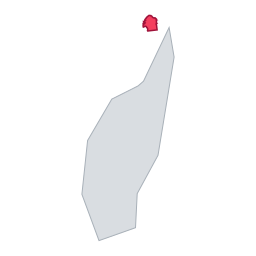 Ollei, Palau shown in context
{"feature_id": "81905179B39968712547281", "entity_name": "Ollei", "entity_type": "district", "adm_level": 2, "iso_a3": "PLW", "parent_name": "Palau", "parent_adm1": "", "projection": "albers", "projection_center": [134.619, 7.719], "detail": "fine", "context": "in_parent", "style": "filled", "palette": "rose", "viewbox_px": 256, "rotation_deg": 0, "n_neighbors": 0, "source": "geoboundaries", "source_scale": "gbopen_adm2", "svg_char_len": 2585}
<svg xmlns="http://www.w3.org/2000/svg" viewBox="0 0 256 256"><path d="M135.5,227.7L99.0,240.6L81.9,194.3L87.6,140.5L111.8,99.1L138.1,85.9L143.5,81.2L169.1,27.5L174.1,57.1L158.0,155.3L137.2,193.6L135.5,227.7Z" fill="#d9dde1" stroke="#a8b0b8" stroke-width="1"/><path d="M157.1,29.9L156.4,24.2L156.3,24.3L156.2,24.3L156.2,24.2L156.3,24.2L156.3,23.9L156.4,23.7L156.5,23.6L156.6,23.4L156.4,23.3L156.5,23.3L156.4,23.3L156.4,23.2L156.5,23.2L156.4,23.1L156.5,22.9L156.5,22.7L156.5,22.4L156.6,22.2L156.5,21.9L156.5,21.7L156.4,21.4L156.4,21.1L156.3,20.9L156.3,20.7L156.4,20.4L156.4,20.1L156.4,19.9L156.4,19.7L156.5,19.7L156.4,19.6L156.4,19.3L156.4,19.1L156.2,19.0L156.1,18.9L155.9,18.8L156.0,18.7L155.9,18.6L155.7,18.4L155.5,18.2L155.4,18.1L155.2,18.2L155.1,17.9L154.9,17.8L154.7,17.8L154.4,17.9L154.2,17.9L153.9,17.9L153.7,17.9L153.4,17.8L153.3,17.7L153.2,17.7L152.9,17.5L152.8,17.4L152.7,17.4L152.6,17.2L152.3,16.9L152.2,16.9L152.1,16.7L152.0,16.4L151.9,16.3L151.8,16.2L151.7,16.1L151.4,16.0L151.3,15.9L151.2,15.9L151.0,15.7L150.9,15.8L150.8,15.7L150.7,15.7L150.4,15.6L150.2,15.5L149.9,15.4L149.7,15.4L149.4,15.4L149.2,15.4L149.2,15.5L148.9,15.6L148.7,15.7L148.6,15.8L148.3,15.9L148.2,16.0L147.9,16.3L147.7,16.4L147.6,16.5L147.4,16.6L147.3,16.8L147.2,16.8L147.0,17.0L146.9,17.1L146.7,17.3L146.5,17.5L146.4,17.7L146.4,17.8L146.2,17.9L146.2,18.0L146.0,18.3L146.0,18.5L145.9,18.5L145.7,18.7L145.6,18.8L145.4,19.1L145.2,19.2L145.2,19.3L145.0,19.6L144.9,19.7L144.9,19.8L144.9,20.0L145.0,20.1L144.8,20.1L144.7,20.2L144.7,20.3L144.7,20.6L144.8,20.8L144.8,21.0L144.7,21.2L144.6,21.3L144.4,21.3L144.3,21.5L144.2,21.5L144.3,21.6L144.2,21.6L143.9,21.7L144.0,21.8L144.0,22.0L144.3,22.1L144.2,22.2L144.3,22.5L144.5,22.6L144.6,22.8L144.7,23.0L143.5,23.1L143.4,23.0L142.8,23.0L143.1,23.1L143.1,23.5L143.6,23.5L143.5,23.4L143.5,23.1L144.7,23.2L144.6,23.3L144.6,23.5L144.4,23.5L144.2,23.5L144.1,23.8L143.8,23.9L143.7,24.1L143.6,24.3L143.6,24.5L143.4,24.6L143.2,24.6L143.2,24.8L143.2,25.0L143.1,25.3L143.1,25.5L143.1,25.9L143.1,26.0L143.2,26.4L143.2,26.5L143.2,26.9L143.2,27.0L143.3,27.1L143.5,27.0L143.8,26.9L144.0,26.8L144.2,26.7L144.3,26.6L144.5,26.6L144.7,26.4L144.8,26.3L144.9,26.2L145.0,26.2L145.3,26.2L145.6,26.2L145.7,26.3L145.8,26.3L146.0,26.4L146.0,26.5L146.3,26.7L146.3,26.8L146.5,26.9L146.6,27.0L146.7,27.3L146.7,27.5L146.9,27.5L147.0,27.6L147.1,27.8L147.3,27.9L147.4,28.0L147.5,28.2L147.5,28.3L147.6,28.5L147.7,28.9L147.7,29.1L147.7,29.3L147.7,29.5L147.7,29.8L147.6,30.1L147.6,30.3L147.5,30.5L147.6,30.8L147.7,31.0L147.8,31.0L157.1,29.9Z" fill="#f43f5e" stroke="#9f1239" stroke-width="1.5"/></svg>